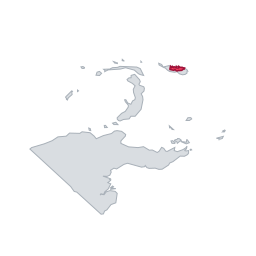 location of Central Bougainville District, North Solomons, Papua New Guinea, rotated 313°
{"feature_id": "67681753B39357341288048", "entity_name": "Central Bougainville District", "entity_type": "district", "adm_level": 2, "iso_a3": "PNG", "parent_name": "Papua New Guinea", "parent_adm1": "North Solomons", "projection": "equal_earth", "projection_center": [155.551, -6.136], "detail": "fine", "context": "in_parent", "style": "filled", "palette": "rose", "viewbox_px": 256, "rotation_deg": 313, "n_neighbors": 0, "source": "geoboundaries", "source_scale": "gbopen_adm2", "svg_char_len": 5447}
<svg xmlns="http://www.w3.org/2000/svg" viewBox="0 0 256 256"><g transform="rotate(313 128 128)"><path d="M46.6,167.1L46.2,134.3L44.9,131.9L46.1,126.0L45.7,70.6L48.0,70.9L59.4,77.6L67.0,81.2L73.7,82.8L79.9,88.4L84.4,88.7L91.2,96.4L93.9,97.0L98.7,103.5L99.0,108.7L98.5,112.1L105.7,115.2L112.7,119.7L116.5,120.2L118.6,121.8L121.2,125.6L121.7,130.7L120.2,131.6L113.7,131.6L111.9,133.3L114.6,141.3L120.5,148.7L124.9,152.1L126.3,158.7L128.5,160.8L130.0,166.1L132.3,166.6L136.8,165.8L137.5,168.0L136.8,171.3L137.5,172.6L145.7,175.5L143.0,177.2L144.3,180.2L149.6,182.9L153.0,183.8L155.0,183.5L152.6,185.0L150.5,184.6L150.2,185.1L151.0,186.3L152.8,187.7L151.0,189.4L149.2,189.7L145.9,188.6L143.0,185.3L134.0,183.8L130.9,182.4L128.5,182.9L121.2,181.1L118.8,178.8L117.2,175.3L112.9,171.0L111.9,168.9L112.3,166.2L111.1,166.6L108.6,164.6L101.9,151.7L98.6,149.8L90.3,147.6L89.0,145.1L85.1,144.1L84.3,145.8L81.1,146.9L78.4,145.7L75.7,142.5L78.9,149.7L77.8,149.7L78.4,150.8L77.8,151.0L74.3,150.5L75.4,153.5L69.7,155.1L65.5,154.5L63.4,155.3L62.6,155.2L61.5,153.0L59.9,153.4L61.2,153.5L62.9,156.0L66.4,155.6L69.9,157.5L72.9,161.8L72.8,164.7L65.0,170.1L60.4,167.8L53.7,168.4L51.3,167.5L48.4,168.6L46.6,167.1ZM165.3,94.5L166.9,96.0L168.6,94.4L171.8,96.3L171.2,103.5L170.2,105.4L167.5,106.1L167.1,107.2L168.9,111.4L168.2,112.9L165.9,114.5L162.0,114.3L161.0,117.2L158.9,119.7L150.6,124.8L141.5,125.2L138.6,122.1L135.4,122.6L131.2,118.9L127.7,117.4L127.0,116.0L127.1,114.2L128.1,113.1L134.3,113.3L138.3,114.7L143.5,113.9L144.9,112.7L145.4,108.2L146.3,106.3L147.2,107.1L146.1,110.7L147.3,113.9L151.0,112.9L153.4,113.7L155.2,112.7L157.8,107.8L159.9,105.5L163.7,104.4L163.6,100.7L162.3,95.7L162.8,94.2L165.3,94.5ZM210.9,131.1L210.4,132.7L210.2,132.2L208.3,133.7L206.1,133.2L204.1,131.6L202.7,128.7L202.6,125.5L200.5,124.0L197.7,119.9L197.2,117.2L197.4,112.7L201.4,115.3L205.5,123.1L209.4,126.6L210.9,131.1ZM179.8,96.5L177.1,103.6L175.5,100.7L174.8,98.6L174.7,93.2L170.4,85.1L166.0,82.3L157.0,73.9L153.4,72.5L154.3,72.1L154.3,70.1L158.7,74.5L161.5,75.5L165.2,79.0L167.6,80.1L178.5,92.8L179.8,96.5ZM108.3,61.2L116.8,61.5L117.0,62.4L115.8,62.5L114.4,64.3L109.3,63.8L107.1,64.6L107.0,63.4L107.8,63.1L107.7,61.8L108.3,61.2ZM151.4,170.4L152.9,171.6L154.2,171.5L155.2,172.9L155.4,175.2L154.9,175.7L154.5,175.0L150.4,174.5L151.2,173.2L150.4,170.6L151.4,170.4ZM150.0,71.4L147.0,71.4L144.8,68.6L147.7,67.3L149.9,68.5L150.0,71.4ZM157.5,180.4L159.4,178.9L159.8,179.4L159.1,182.9L156.1,181.4L154.1,175.8L157.5,180.4ZM173.1,165.4L176.4,164.8L177.9,166.3L178.4,166.9L178.1,168.4L175.4,167.8L173.1,165.4ZM180.8,199.6L186.9,203.4L184.6,204.1L182.7,203.0L182.5,202.1L181.7,202.4L182.1,201.7L180.8,199.6ZM123.6,118.3L120.9,115.4L121.0,113.4L123.9,115.2L123.6,118.3ZM149.4,172.6L148.6,172.7L146.8,170.6L147.8,168.3L149.1,169.2L149.4,172.6ZM196.5,112.5L195.3,107.7L196.3,106.3L197.4,109.3L196.5,112.5ZM114.2,112.5L112.3,110.6L113.7,108.9L114.6,109.8L114.2,112.5ZM142.6,54.9L141.6,55.3L140.2,53.7L140.6,51.9L142.2,53.1L142.6,54.9ZM101.8,100.8L100.7,102.5L99.9,101.2L101.2,99.3L101.8,100.8ZM157.8,156.7L157.9,162.4L157.0,161.3L157.4,158.9L156.5,158.3L157.8,156.7ZM73.6,158.2L75.4,160.5L70.9,156.8L73.6,158.2ZM75.1,157.6L72.7,156.7L72.2,156.0L75.1,156.3L75.1,157.6ZM192.5,200.1L192.4,200.9L190.8,201.1L189.7,199.9L190.8,200.2L190.6,199.4L192.5,200.1ZM174.3,77.0L174.4,79.7L173.3,77.8L174.3,77.0ZM168.4,75.6L167.9,76.3L166.8,74.5L167.0,74.1L168.4,75.6ZM155.5,188.4L155.4,189.5L154.3,188.9L154.4,188.2L155.5,188.4ZM167.4,73.6L166.5,73.9L166.7,72.1L167.4,73.6ZM121.3,65.2L121.4,66.5L120.2,66.2L121.3,65.2ZM185.6,91.9L185.5,93.1L184.8,92.7L185.6,91.9Z" fill="#d9dde1" stroke="#a8b0b8" stroke-width="1"/><path d="M210.6,128.5L210.5,128.4L210.4,128.3L210.3,128.2L210.2,128.1L209.9,127.9L209.8,127.6L209.8,127.4L209.7,127.3L209.6,127.2L209.5,126.9L209.4,126.7L209.3,126.4L209.3,126.2L209.2,126.2L208.9,126.0L208.7,125.9L208.6,125.7L208.4,125.4L208.3,125.2L208.2,125.0L208.2,124.9L207.9,124.7L207.7,124.6L207.6,124.3L207.6,124.2L207.4,124.1L207.4,123.9L207.4,123.7L207.3,123.4L207.2,123.3L207.2,123.5L207.2,123.4L207.1,123.5L207.2,123.8L207.2,124.0L206.9,124.0L206.7,124.1L206.4,124.0L206.4,123.9L206.5,123.7L206.4,123.7L206.4,123.4L206.2,123.3L206.2,123.2L206.2,123.3L206.1,123.5L205.9,123.5L205.7,123.4L205.5,123.2L205.4,123.0L205.3,122.9L205.2,122.7L205.0,122.3L205.0,122.2L204.9,121.9L204.9,121.7L204.8,121.4L204.8,121.1L204.8,120.9L204.8,120.7L204.7,120.7L204.4,120.5L204.4,120.4L204.3,120.2L204.2,120.1L203.9,120.1L203.7,120.0L203.7,119.9L203.7,119.7L203.4,119.5L203.4,119.4L203.4,119.2L203.3,119.3L203.3,119.2L203.2,119.2L202.9,119.0L202.9,118.9L202.8,118.7L202.8,118.8L202.7,118.9L202.5,118.7L202.4,118.7L202.5,118.6L202.4,118.6L202.4,118.4L202.5,118.3L202.4,118.2L202.3,117.9L202.2,117.9L202.3,117.7L202.2,117.5L202.2,117.4L202.3,117.2L202.2,117.1L202.2,116.9L201.9,117.1L201.7,117.2L201.0,117.7L200.4,117.9L199.4,118.8L201.5,122.3L202.9,122.3L202.7,124.3L203.5,125.3L204.6,125.7L204.8,126.2L206.8,128.0L208.9,128.4L209.5,129.0L210.5,128.6L210.6,128.5ZM207.7,123.6L207.5,123.8L207.6,124.0L207.8,124.0L207.8,123.9L207.7,123.9L207.7,123.7L207.7,123.6ZM207.5,122.9L207.4,122.8L207.5,122.9L207.5,122.9ZM207.8,123.6L207.7,123.5L207.8,123.7L207.8,123.6ZM206.1,121.9L206.1,122.0L206.1,121.9ZM209.5,125.4L209.4,125.3L209.5,125.4L209.5,125.4ZM206.0,121.8L206.0,121.7L205.9,121.8L206.0,121.8L206.0,121.8ZM206.2,122.2L206.2,122.3L206.2,122.2Z" fill="#f43f5e" stroke="#9f1239" stroke-width="1.5"/></g></svg>